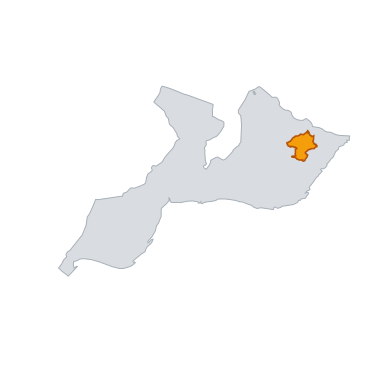 Montepuez, Cabo Delgado, Mozambique (highlighted), rotated 40°
{"feature_id": "85939544B74766547400417", "entity_name": "Montepuez", "entity_type": "district", "adm_level": 2, "iso_a3": "MOZ", "parent_name": "Mozambique", "parent_adm1": "Cabo Delgado", "projection": "albers", "projection_center": [38.773, -12.625], "detail": "fine", "context": "in_parent", "style": "filled", "palette": "amber", "viewbox_px": 384, "rotation_deg": 40, "n_neighbors": 0, "source": "geoboundaries", "source_scale": "gbopen_adm2", "svg_char_len": 7828}
<svg xmlns="http://www.w3.org/2000/svg" viewBox="0 0 384 384"><g transform="rotate(40 192 192)"><path d="M123.0,259.7L125.3,257.9L140.6,240.6L141.5,240.0L140.2,237.2L142.1,233.9L142.3,228.8L142.9,227.9L145.3,226.2L148.4,220.9L150.4,216.8L150.6,214.8L147.5,209.3L146.6,206.4L147.4,203.8L147.7,201.3L147.2,200.6L145.4,199.6L145.1,198.5L145.0,197.3L145.4,196.5L147.6,195.4L148.1,194.7L149.8,188.2L149.0,183.3L148.9,177.7L149.2,171.9L148.9,168.7L147.4,164.9L147.2,162.2L148.2,160.3L148.4,159.2L144.9,158.6L143.0,157.1L136.3,154.8L131.1,154.6L126.7,150.9L123.3,150.4L118.9,147.8L105.3,147.7L104.8,147.4L104.1,139.1L103.5,136.3L101.7,133.4L101.2,131.4L101.2,130.0L108.7,126.8L123.4,122.0L126.6,120.5L151.7,111.4L152.4,111.9L155.0,116.2L159.3,121.0L160.3,120.3L166.4,119.4L167.3,118.8L169.1,118.3L171.2,118.0L171.9,118.3L174.2,121.3L175.1,127.0L175.2,130.9L175.0,133.7L173.3,136.9L172.0,140.9L170.2,143.1L170.2,144.2L172.4,146.5L172.9,147.5L172.8,149.6L173.2,150.5L175.1,151.7L176.6,153.7L182.1,159.4L183.5,160.4L184.6,160.7L185.2,161.8L184.9,163.1L184.1,163.9L184.4,165.0L185.5,165.8L188.0,165.6L188.3,165.3L188.0,160.1L187.1,157.2L186.0,155.8L188.1,150.2L189.2,148.7L193.3,148.0L195.2,147.5L195.9,146.8L196.5,145.0L197.0,140.1L197.1,135.5L196.6,132.8L197.2,128.7L198.1,126.2L197.6,125.7L197.2,122.3L186.8,108.7L180.8,102.7L179.9,102.1L176.6,101.6L174.9,99.4L173.3,87.1L171.0,78.3L174.3,72.4L175.3,68.6L176.0,68.0L178.9,67.7L189.2,67.7L191.7,68.0L192.9,67.7L195.5,65.3L197.7,65.4L200.7,66.8L202.3,68.0L202.6,69.1L204.6,69.7L208.3,69.9L211.0,69.3L212.6,68.0L214.4,67.3L216.2,67.2L217.6,67.6L218.6,68.6L220.4,69.3L223.1,69.7L226.0,69.0L229.2,67.3L231.0,65.6L231.9,62.7L232.5,62.3L237.0,62.0L239.4,62.5L242.5,64.3L247.7,61.1L251.1,60.0L254.3,60.0L256.9,59.2L258.9,57.7L261.1,56.7L265.5,55.5L268.5,53.9L276.8,47.7L277.7,49.5L279.3,51.2L277.2,53.0L279.1,54.1L277.7,55.9L277.5,57.1L278.1,58.3L277.2,60.3L276.0,61.8L275.6,63.0L276.7,65.1L276.1,68.8L277.8,74.9L277.3,76.9L277.6,81.8L277.0,83.5L278.0,84.2L278.6,86.1L278.1,89.4L276.2,90.8L276.0,92.2L278.3,92.3L278.3,96.5L278.0,97.7L278.5,99.2L277.9,100.7L278.6,107.5L278.6,112.4L278.8,113.2L280.7,114.0L280.6,115.4L279.4,117.1L279.5,119.8L280.9,117.7L281.7,117.7L282.4,118.5L282.4,121.5L282.8,123.0L282.7,124.3L280.3,126.7L280.2,129.1L279.3,129.4L278.9,130.0L279.5,131.3L279.4,132.5L277.8,136.3L270.1,145.2L269.9,146.7L268.0,149.5L265.9,150.0L264.7,150.7L265.6,153.2L255.3,159.5L254.3,160.4L252.6,162.7L249.2,163.9L245.6,164.0L245.0,164.5L236.7,167.4L235.1,168.8L231.5,170.1L226.0,173.3L221.5,176.3L216.3,180.8L215.7,183.2L213.3,186.3L209.7,190.1L207.5,193.2L207.4,194.5L206.1,194.9L205.0,193.7L204.6,196.2L203.7,196.3L202.7,195.8L198.2,198.5L194.8,201.6L190.1,207.4L183.1,213.1L181.5,213.3L179.3,211.4L178.1,211.3L179.9,213.3L179.9,218.1L179.1,223.6L179.3,224.8L184.0,230.5L186.3,237.3L186.6,240.8L188.9,245.3L190.1,252.0L189.9,258.3L191.0,259.2L191.4,258.3L191.6,254.4L192.2,253.3L192.8,253.5L193.4,255.6L193.7,257.9L192.9,262.8L193.2,264.8L194.4,268.1L193.1,271.9L191.1,282.6L191.6,283.3L192.7,283.5L193.0,282.4L193.7,282.4L194.0,283.0L193.2,287.2L192.3,289.1L189.4,293.6L187.8,295.5L185.1,297.5L178.8,300.5L166.2,305.0L158.3,308.5L152.0,312.6L149.3,315.3L148.2,318.3L146.1,321.5L148.0,324.2L150.5,326.0L151.5,322.8L152.1,322.8L151.3,335.9L142.6,336.3L140.1,335.9L138.7,336.1L138.4,330.6L137.3,326.5L137.6,323.6L137.5,322.0L135.6,321.0L135.1,317.9L136.0,315.4L135.5,295.2L132.2,285.4L127.8,278.4L127.5,274.9L125.4,267.0L123.0,259.7ZM176.6,77.4L177.7,76.8L177.8,75.8L177.1,75.3L176.5,75.4L176.2,77.1L176.6,77.4ZM175.8,75.5L175.0,74.8L174.3,75.0L174.1,75.7L174.8,76.5L175.5,76.5L175.8,75.5Z" fill="#d9dde1" stroke="#a8b0b8" stroke-width="1"/><path d="M256.8,89.4L256.5,89.5L256.4,89.6L256.2,89.8L255.7,89.7L255.7,89.3L255.6,89.2L255.3,89.3L255.2,89.3L255.0,89.5L254.9,89.5L254.4,89.5L253.6,89.3L253.5,89.0L253.5,88.8L253.7,88.7L253.4,87.9L253.5,87.8L253.5,87.6L253.6,87.4L253.6,87.2L253.9,86.7L253.9,86.2L254.0,86.0L253.9,85.8L253.9,85.6L253.8,85.4L253.8,85.1L254.0,84.9L254.3,84.6L254.3,84.2L254.5,84.1L254.5,83.9L254.6,83.7L254.9,83.7L255.1,83.5L255.1,83.4L255.1,83.1L255.1,82.9L255.1,82.7L255.5,82.5L255.6,82.4L255.8,82.0L255.8,81.8L256.1,81.5L256.5,81.3L256.6,81.2L256.9,81.0L257.2,80.6L257.7,80.3L257.6,80.0L257.6,79.8L257.6,79.4L257.7,79.1L257.6,78.9L257.9,78.2L257.9,77.9L258.0,77.8L258.1,77.7L258.2,77.4L258.2,77.2L258.4,77.1L258.3,76.8L258.4,76.7L258.2,76.5L258.0,76.8L257.7,76.8L257.5,76.7L257.6,76.3L257.3,76.2L257.2,76.1L256.8,76.0L256.7,76.2L256.5,75.9L256.3,76.1L256.2,76.0L255.9,76.2L256.0,76.5L255.8,76.5L255.7,76.5L255.2,76.5L255.0,76.3L254.9,76.5L254.6,76.6L254.6,76.4L254.3,76.4L253.6,76.2L253.4,76.0L253.2,76.0L253.2,75.9L252.9,75.8L252.8,75.6L252.4,75.5L252.1,75.5L252.0,75.4L251.9,75.2L251.7,75.0L251.7,74.0L251.1,73.4L249.1,70.6L248.3,72.5L248.0,72.5L247.5,72.2L247.2,72.3L246.8,72.3L246.7,72.4L246.5,72.5L246.3,72.6L246.2,72.7L246.0,72.8L245.7,72.6L245.4,72.3L245.2,72.3L245.1,72.1L244.9,72.0L244.6,72.1L244.3,72.0L244.2,72.0L244.1,71.9L243.9,71.9L243.8,72.0L243.6,72.1L243.3,72.0L243.3,71.9L243.2,72.0L243.1,71.9L243.0,72.0L243.0,71.7L242.9,71.7L243.0,71.6L242.9,71.5L242.7,71.5L242.7,71.3L242.5,71.2L242.4,71.2L242.5,71.1L242.4,71.1L242.1,71.0L242.1,70.9L241.9,71.0L241.7,70.9L241.7,71.0L241.4,71.1L241.2,71.0L241.3,71.6L241.3,71.8L241.2,72.2L241.3,72.8L241.2,73.5L240.9,74.2L240.9,74.8L240.7,75.3L240.8,75.6L240.6,75.7L240.5,76.0L240.5,76.5L240.3,76.7L240.1,76.7L240.0,76.9L239.6,76.9L238.5,77.5L237.8,78.0L237.9,78.4L237.9,78.5L238.0,78.7L237.8,79.0L237.9,79.3L237.7,79.4L237.6,79.6L237.5,79.8L237.4,80.0L237.5,80.3L237.4,80.5L237.2,80.8L237.0,81.2L236.8,81.3L236.7,81.4L236.3,81.6L236.2,81.8L236.0,82.0L235.8,82.2L235.5,82.4L235.4,82.7L235.2,82.9L235.2,83.0L235.3,83.0L235.4,83.3L235.4,83.6L235.3,83.9L235.1,84.0L234.8,84.5L234.7,84.8L234.9,85.0L234.7,85.3L234.5,85.8L234.4,86.2L234.4,86.3L234.5,86.4L234.7,86.9L234.6,87.5L234.6,87.8L234.7,88.1L234.8,88.2L234.8,88.4L234.6,88.9L234.6,89.0L234.5,89.3L234.7,89.5L234.8,89.6L234.4,90.3L234.5,90.5L234.2,90.9L234.2,91.1L233.9,91.5L234.0,91.8L234.0,92.0L233.7,92.4L233.5,92.5L233.4,92.6L233.1,92.9L233.0,93.1L233.0,93.3L233.7,94.0L233.9,94.0L234.0,94.0L234.4,94.2L234.6,94.2L234.8,94.3L235.1,94.3L235.1,94.5L235.3,94.5L235.5,94.7L236.0,94.9L236.3,94.9L236.6,94.8L236.9,94.5L237.2,94.5L237.3,94.4L237.6,94.5L237.9,94.1L238.0,94.1L238.5,94.2L238.5,93.7L238.7,93.8L238.9,93.7L239.0,93.5L239.0,93.3L239.1,93.1L239.3,93.1L239.4,92.9L239.5,92.8L239.5,92.6L239.8,92.5L240.0,92.5L240.1,92.4L240.3,92.4L240.5,92.3L241.0,92.2L241.1,91.9L241.4,91.8L241.5,91.8L241.8,92.0L242.0,92.0L242.3,92.0L242.6,91.7L242.6,91.4L242.8,91.5L243.0,91.5L243.2,91.4L243.2,91.2L243.4,91.1L243.5,91.0L243.8,91.1L243.9,91.3L244.1,91.4L244.2,91.6L244.4,91.6L244.3,92.0L244.2,92.1L244.2,92.3L244.1,92.6L243.9,92.9L243.9,93.0L245.3,94.7L245.5,94.7L245.6,94.9L245.8,95.0L246.2,95.8L246.4,96.1L246.4,96.5L246.6,96.6L247.5,97.3L247.8,97.1L248.0,97.1L248.1,96.9L248.1,97.2L248.3,97.4L248.0,97.8L247.8,98.0L247.6,98.5L247.3,98.6L247.2,98.8L246.8,99.3L246.5,99.5L246.4,99.5L246.2,99.7L246.1,99.9L245.7,100.1L245.7,100.4L245.6,100.6L246.2,101.0L246.6,100.8L248.0,99.8L249.2,99.1L249.3,99.2L249.6,99.2L249.8,99.2L250.0,99.2L250.4,99.2L250.6,99.2L250.8,99.3L251.0,99.3L251.3,99.4L251.4,99.1L251.6,99.1L251.8,99.0L251.9,98.9L252.2,98.9L252.3,98.9L252.9,98.8L253.1,98.8L253.2,98.7L253.3,98.7L253.6,98.6L253.8,98.3L253.9,98.2L254.0,98.2L254.3,98.0L254.4,97.9L254.5,97.7L254.8,97.6L255.3,97.2L255.7,97.0L255.7,96.9L255.8,96.9L256.0,96.8L256.1,96.6L256.2,96.9L256.4,96.8L256.8,97.0L256.9,96.9L257.6,96.8L257.7,96.7L257.8,96.6L258.0,96.1L258.1,94.6L258.0,94.4L257.8,94.2L257.7,94.0L257.7,92.7L257.5,91.9L257.7,91.6L257.7,91.4L257.5,91.0L257.4,90.6L257.3,90.4L257.1,90.2L257.0,89.7L256.8,89.6L256.8,89.4Z" fill="#f59e0b" stroke="#b45309" stroke-width="1.5"/></g></svg>